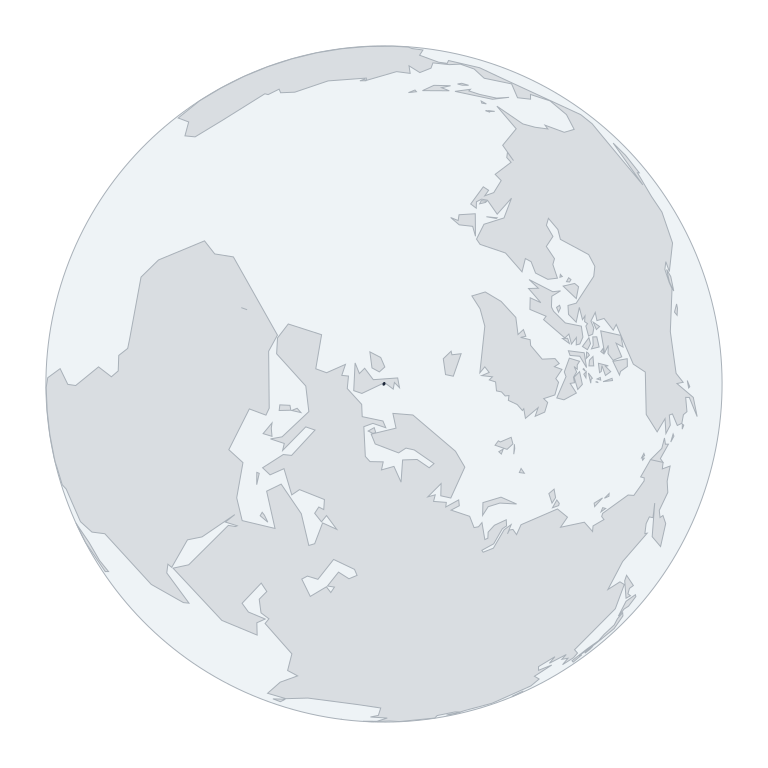 East Lothian on an orthographic globe, rotated 107°
{"feature_id": "GBR-2022", "entity_name": "East Lothian", "entity_type": "Unitary District", "adm_level": 1, "iso_a3": "GBR", "parent_name": "United Kingdom", "parent_adm1": "", "projection": "orthographic", "projection_center": [-2.666, 55.943], "detail": "fine", "context": "on_globe", "style": "filled", "palette": "slate", "viewbox_px": 768, "rotation_deg": 107, "n_neighbors": 0, "source": "natural_earth", "source_scale": "10m", "svg_char_len": 10831}
<svg xmlns="http://www.w3.org/2000/svg" viewBox="0 0 768 768"><g transform="rotate(107 384 384)"><circle cx="384" cy="384" r="338" fill="#eef3f6" stroke="#a8b0b8"/><path d="M58.3,473.9L54.7,459.3L55.0,455.2L53.2,444.4L59.2,446.1L60.3,425.9L58.9,417.3L55.8,416.9L53.6,385.0L56.5,365.1L68.9,274.6L74.3,261.0L80.9,251.1L117.9,194.7L86.6,235.3L94.7,219.9L107.4,201.6L107.9,203.4L126.5,183.0L138.3,168.5L164.8,149.3L193.0,144.0L184.6,150.3L192.3,148.9L203.3,141.1L208.7,136.4L250.2,125.5L288.4,107.8L294.9,98.4L297.9,104.0L306.4,84.3L323.6,75.0L307.6,88.1L308.6,91.6L321.9,86.2L325.8,88.7L334.5,87.7L337.9,91.4L328.3,99.4L330.3,102.1L339.7,98.2L349.0,99.9L335.0,105.1L349.9,108.8L336.5,124.3L296.2,137.6L292.1,151.4L259.2,179.3L265.5,180.5L257.0,192.7L261.1,198.9L253.8,202.9L263.3,204.5L269.2,199.7L275.3,199.0L278.3,202.4L269.5,207.9L266.8,207.0L265.7,210.4L260.1,211.7L264.5,213.0L253.6,219.6L268.7,218.3L263.5,227.9L255.1,231.0L250.5,223.8L219.7,214.9L209.8,216.8L200.4,226.1L194.1,257.6L185.4,262.9L177.5,275.2L184.7,275.1L193.5,265.6L205.0,269.0L214.3,257.6L220.3,257.5L232.1,249.1L236.0,258.0L233.6,271.5L224.0,279.1L222.7,285.5L236.4,284.8L223.2,306.1L222.4,332.9L218.4,337.9L202.0,335.1L190.1,317.8L169.0,316.4L188.5,325.4L178.0,338.8L178.7,344.7L182.7,348.9L188.9,347.2L186.5,353.7L166.4,346.7L168.2,340.6L174.6,342.7L168.9,335.0L155.2,331.4L151.0,339.0L134.8,327.3L131.6,332.8L126.3,333.7L132.5,325.5L121.0,340.3L101.3,332.2L85.3,357.3L94.7,327.3L94.3,314.6L92.2,301.9L89.4,305.7L90.6,285.2L84.9,276.6L73.0,288.3L64.7,308.0L64.3,328.6L68.8,327.1L71.2,340.0L59.7,349.7L62.3,377.6L56.4,389.9L55.8,404.6L59.5,414.9L62.6,431.1L68.2,431.4L75.7,440.8L72.4,453.1L79.3,449.8L81.6,463.3L98.8,489.6L96.6,490.3L110.5,526.1L131.0,554.6L135.7,568.0L132.7,570.5L141.1,579.4L141.3,582.8L179.4,615.9L202.9,636.9L204.9,646.9L190.5,647.4L189.8,658.6L167.3,643.3L167.6,643.6L148.6,626.4L130.9,607.9L114.7,588.1L100.0,567.1L86.9,545.1L75.6,522.1L66.0,498.3L58.3,473.9ZM80.0,363.5L83.4,401.7L76.9,387.5L78.9,388.5L79.1,377.1L77.7,359.9L73.3,348.2L80.0,363.5ZM91.9,363.5L90.9,357.8L92.5,362.4L91.9,363.5ZM210.4,134.1L203.1,140.8L191.8,147.2L197.4,141.2L210.4,134.1ZM232.6,123.8L230.3,127.2L221.9,127.6L225.8,125.5L232.6,123.8ZM298.7,91.5L292.0,95.0L297.2,90.8L298.7,91.5ZM335.1,87.0L335.7,85.3L340.0,85.6L335.1,87.0ZM229.1,244.9L230.5,247.0L227.6,247.4L229.1,244.9ZM232.8,239.4L228.4,238.5L229.5,235.7L232.2,236.4L232.8,239.4ZM349.1,91.5L355.7,92.8L347.3,92.9L349.1,91.5ZM238.0,241.3L232.1,231.1L234.1,226.4L246.1,225.1L238.0,241.3ZM358.4,94.4L374.5,97.9L377.4,94.2L378.4,107.0L364.4,99.5L353.6,100.0L359.3,97.3L358.4,94.4ZM269.8,196.8L263.7,202.0L266.0,194.6L269.8,196.8ZM269.8,192.3L268.3,171.8L278.8,166.2L277.1,174.0L288.5,164.6L294.4,171.9L289.4,178.7L281.5,180.8L289.8,182.1L269.8,192.3ZM376.3,113.8L378.8,116.0L374.4,115.2L376.3,113.8ZM277.9,198.1L276.7,194.3L285.7,189.1L289.8,195.9L285.6,195.3L277.9,198.1ZM288.7,158.8L296.1,156.4L302.8,161.5L306.6,161.4L295.4,171.7L288.7,158.8ZM285.0,198.3L291.7,199.5L290.1,205.2L279.8,201.6L285.0,198.3ZM286.3,185.0L290.8,182.9L289.6,186.2L286.3,185.0ZM288.3,226.6L286.6,221.7L291.1,218.5L288.3,226.6ZM294.3,199.6L294.8,197.7L296.4,196.0L300.3,198.0L294.3,199.6ZM301.0,174.8L302.2,177.6L305.9,170.8L311.1,174.7L302.7,181.0L308.5,179.9L310.1,181.2L301.5,185.0L301.0,174.8ZM309.1,195.1L300.2,204.9L302.3,214.4L298.3,217.4L295.6,201.7L309.1,195.1ZM305.4,188.7L306.8,193.3L301.1,194.5L296.6,192.2L305.4,188.7ZM317.7,175.2L311.9,167.6L313.9,166.5L317.7,175.2ZM310.8,197.5L312.9,195.1L311.6,198.0L310.8,197.5ZM316.9,181.7L314.5,179.1L316.9,177.9L316.9,181.7ZM319.1,192.7L316.2,195.8L313.1,194.2L319.1,192.7ZM319.0,187.4L322.8,186.5L313.7,191.8L317.6,186.4L319.0,187.4ZM319.5,181.0L320.1,179.5L320.1,182.3L319.5,181.0ZM332.6,197.1L321.9,204.2L315.0,200.6L326.4,194.2L332.6,197.1ZM702.3,270.5L704.6,280.0L710.4,296.7L710.1,295.4L712.5,304.6L712.6,305.4L708.6,292.1L702.5,283.2L706.4,299.6L702.6,292.5L694.8,292.4L698.4,316.3L706.6,365.0L713.6,385.8L713.8,404.9L699.5,396.1L688.4,381.3L686.2,392.4L669.0,393.2L647.8,427.7L642.2,425.4L638.8,434.7L626.3,440.4L616.7,435.4L610.3,443.2L635.2,455.6L641.7,447.0L643.5,428.9L649.5,435.8L661.2,431.9L657.5,469.9L621.8,531.9L614.0,517.9L564.7,491.5L563.8,484.5L563.4,483.9L562.5,482.9L562.4,495.3L552.5,488.5L583.4,513.3L590.5,526.4L621.4,533.4L619.5,538.0L628.2,536.5L650.6,506.4L651.7,511.9L643.7,548.0L608.8,607.2L611.0,620.0L604.4,634.0L577.4,657.2L574.4,662.3L559.7,672.1L555.2,675.3L550.9,677.8L530.0,688.8L508.3,698.2L486.0,706.1L486.5,706.0L476.3,707.4L464.0,698.2L476.8,686.3L475.6,678.4L451.1,662.0L456.8,646.8L449.2,642.0L434.2,646.0L424.9,639.5L415.4,640.4L352.8,647.6L331.3,635.9L299.6,597.5L309.1,583.9L306.5,565.2L368.4,500.2L386.4,503.9L440.7,486.7L448.3,487.8L447.2,505.5L492.2,513.2L500.4,495.9L535.9,491.6L556.1,479.7L554.0,446.0L520.8,464.9L509.8,453.1L532.2,425.2L560.4,408.7L557.0,403.6L534.8,402.1L536.8,386.7L526.6,400.5L534.1,403.5L527.9,412.5L520.7,410.4L521.7,404.9L511.9,407.2L509.7,433.9L517.0,439.8L494.2,454.9L504.2,466.4L499.6,475.6L480.9,459.7L479.3,451.5L448.2,436.5L447.9,446.3L477.2,461.5L470.0,462.0L469.7,476.5L464.3,466.0L432.4,447.8L408.8,458.2L386.5,495.5L371.1,499.3L354.6,493.1L355.1,458.1L389.4,453.7L390.0,442.2L376.5,426.6L388.1,426.9L386.8,420.3L399.1,417.8L410.0,399.4L421.6,395.3L419.7,374.2L425.3,369.5L424.9,383.1L430.7,390.8L458.7,380.7L462.3,374.7L458.7,362.0L466.9,361.3L459.9,350.4L472.9,339.0L451.2,344.0L446.5,330.3L450.9,316.3L445.5,312.9L438.2,335.8L438.9,344.3L445.6,349.9L443.9,374.9L435.7,381.6L422.7,359.6L409.5,366.9L405.2,347.3L427.4,296.0L439.9,282.4L473.5,286.8L474.3,297.0L462.5,300.3L479.1,309.1L475.0,302.6L481.8,302.3L479.0,289.8L483.6,289.0L473.0,278.7L478.4,276.4L485.0,283.0L485.5,263.4L495.0,255.9L492.9,251.9L487.9,249.8L503.3,242.1L501.1,239.6L495.2,241.1L486.8,237.1L478.1,227.4L483.9,225.3L487.8,228.5L504.8,232.4L514.4,241.8L515.9,240.0L509.0,231.4L488.2,226.5L481.3,221.3L491.2,222.1L487.0,221.4L485.4,218.2L489.3,213.2L478.5,211.8L452.8,181.6L457.7,169.6L469.4,173.3L457.6,152.0L464.1,141.4L458.6,142.6L449.3,134.0L447.1,137.1L443.8,137.1L418.8,118.1L417.5,112.5L400.6,106.9L397.7,107.7L397.8,111.4L378.4,107.0L377.4,94.2L383.8,93.0L378.8,86.4L394.2,84.8L404.7,80.9L424.4,83.8L431.0,81.0L428.2,78.8L435.1,73.8L458.6,72.0L451.6,82.9L418.7,90.3L433.2,87.7L433.5,91.4L440.9,92.5L450.8,90.8L449.7,88.7L484.0,103.9L515.1,109.8L504.2,100.5L505.5,95.6L531.3,97.1L582.4,124.1L584.7,120.3L590.3,122.7L600.2,131.2L592.5,127.9L595.3,133.5L589.4,130.6L602.7,144.2L594.8,140.8L609.1,153.6L612.6,152.5L603.7,141.4L619.5,154.7L620.8,149.4L629.8,155.3L657.7,187.3L672.6,211.2L675.4,215.2L676.7,220.0L685.5,236.2L688.6,237.8L702.3,270.5ZM353.0,536.6L352.7,542.7L352.7,542.8L353.0,536.6ZM594.6,405.6L608.7,392.4L594.8,379.8L599.0,373.9L592.7,372.0L593.7,379.0L577.2,372.5L580.5,360.6L574.9,353.8L569.9,358.0L566.5,380.9L590.1,390.1L590.1,401.1L594.6,405.6ZM99.4,490.3L101.1,495.7L98.0,491.6L99.4,490.3ZM73.6,390.4L75.4,396.5L75.6,401.4L73.7,397.6L73.6,390.4ZM95.0,438.4L98.2,445.8L93.8,440.3L95.0,438.4ZM84.5,407.3L92.2,433.0L83.8,423.6L79.3,407.5L83.8,415.6L84.5,407.3ZM86.2,368.0L86.8,372.6L85.0,373.8L86.2,368.0ZM93.0,366.9L92.4,365.7L93.1,362.0L93.0,366.9ZM179.2,339.2L180.7,340.0L183.7,345.2L180.2,344.6L179.2,339.2ZM209.8,358.6L205.3,368.9L206.0,360.9L200.2,361.7L194.5,346.5L216.0,339.7L207.3,345.3L209.8,358.6ZM192.9,325.0L194.1,335.0L192.0,324.4L192.9,325.0ZM367.5,388.2L373.8,392.0L372.1,400.2L357.4,406.9L359.6,394.9L367.5,388.2ZM383.0,395.5L374.2,372.7L383.0,368.1L379.5,374.5L386.2,373.7L382.5,383.8L399.5,402.4L399.2,411.0L372.3,417.8L381.2,410.6L374.6,407.1L383.0,395.5ZM336.2,327.6L332.5,319.1L356.3,320.0L357.0,327.9L342.5,334.7L333.0,329.4L336.2,327.6ZM260.3,241.4L257.4,239.1L259.8,237.5L264.3,238.1L260.3,241.4ZM287.1,224.5L275.8,250.2L271.8,248.8L270.0,266.3L258.8,269.4L260.4,257.8L250.4,273.7L247.3,264.4L241.7,275.8L246.4,249.6L243.3,242.4L251.0,249.2L261.4,246.4L264.9,243.1L272.6,228.5L271.0,212.2L281.0,207.5L288.5,208.4L290.4,211.6L283.3,213.6L291.0,216.4L282.2,221.8L287.1,224.5ZM370.7,230.0L361.6,229.7L375.5,238.7L366.8,243.1L368.9,243.9L364.7,250.6L363.3,260.3L358.5,261.1L360.0,264.6L357.2,269.3L357.7,274.4L349.4,277.9L349.3,284.5L345.4,282.4L347.4,293.0L342.2,286.8L338.1,292.6L345.3,295.6L299.2,304.5L284.0,314.1L274.1,325.7L266.4,314.1L270.8,296.1L281.8,277.4L297.5,270.3L291.2,266.6L296.9,262.3L299.5,267.0L298.9,257.2L304.3,255.0L314.0,240.0L309.7,227.9L313.2,222.4L317.6,226.1L318.0,218.1L328.6,221.3L331.3,217.6L344.5,217.4L351.3,227.0L353.8,222.1L363.9,222.1L370.7,230.0ZM336.4,197.4L346.5,207.3L346.8,214.7L323.7,212.1L319.8,215.1L305.1,214.3L305.1,203.6L309.3,204.8L313.4,203.5L311.7,207.3L316.1,203.3L322.1,204.8L327.1,202.2L329.0,206.1L336.4,197.4ZM453.9,479.7L459.2,478.9L466.8,475.8L466.8,485.1L453.9,479.7ZM431.9,467.7L436.3,465.4L440.0,476.5L434.4,477.5L431.9,467.7ZM435.6,455.1L436.3,464.5L432.6,460.0L435.6,455.1ZM428.6,380.6L432.9,377.7L434.5,380.3L433.6,385.4L428.6,380.6ZM410.1,259.9L404.9,258.0L405.4,255.8L397.8,246.8L403.6,243.2L410.5,247.2L410.1,259.9ZM550.1,454.7L546.2,463.9L542.3,463.0L544.4,460.0L550.1,454.7ZM505.9,477.2L517.5,476.3L505.7,479.8L505.9,477.2ZM415.2,254.4L411.4,251.0L416.7,251.3L415.2,254.4ZM407.5,240.1L413.2,239.4L403.5,241.7L407.5,240.1ZM607.0,637.9L609.0,635.6L621.7,619.8L635.9,604.5L643.9,592.6L644.9,595.7L622.9,623.0L607.0,637.9ZM717.1,327.3L717.0,326.6L717.1,327.3ZM714.3,386.2L718.1,390.2L717.6,398.2L714.3,386.2ZM678.7,219.7L682.5,227.4L681.0,225.3L675.2,214.4L678.7,219.7ZM636.8,161.0L642.8,167.0L645.6,170.2L644.5,169.5L636.8,161.0ZM460.0,222.1L464.0,238.4L470.9,248.5L480.8,251.3L468.5,254.7L458.0,239.0L460.0,222.1ZM453.1,186.7L444.4,184.8L446.9,181.5L449.2,181.4L453.1,186.7ZM448.8,188.5L440.6,194.3L434.8,190.6L442.5,186.7L448.8,188.5ZM428.3,223.7L429.1,228.7L424.7,228.2L428.3,223.7ZM582.7,113.2L579.9,112.3L573.6,107.5L577.3,109.4L582.7,113.2ZM550.6,92.4L571.0,106.0L587.0,118.1L585.2,115.7L594.6,121.8L593.7,123.3L577.7,112.2L566.8,103.8L559.0,100.3L547.1,93.4L540.1,92.1L532.9,88.9L535.9,87.7L550.6,92.4ZM537.5,92.0L521.0,89.0L512.0,82.0L513.6,81.0L525.0,85.2L529.0,88.6L537.5,92.0ZM514.4,86.4L518.1,89.9L501.7,96.3L496.0,96.1L503.8,86.6L507.7,89.5L513.3,89.4L514.4,86.4ZM381.3,114.3L379.0,115.9L378.8,113.4L381.3,114.3ZM442.8,139.1L438.3,138.7L438.2,135.6L442.8,139.1ZM425.6,136.1L428.8,139.8L422.9,136.7L425.6,136.1ZM436.5,148.2L429.0,141.7L439.7,146.7L436.5,148.2Z" fill="#d9dde1" stroke="#a8b0b8" stroke-width="1"/><path d="M382.7,384.0L382.8,384.0L383.1,383.8L383.2,383.7L383.3,383.6L383.4,383.4L383.5,383.3L384.1,383.3L384.3,383.5L384.5,383.7L384.7,383.8L384.8,383.8L385.0,383.9L385.0,384.0L384.8,384.3L384.8,384.5L384.6,384.5L384.4,384.5L384.2,384.7L383.8,384.7L383.6,384.6L383.4,384.6L383.2,384.5L382.8,384.2L382.7,384.1L382.7,384.0Z" fill="#64748b" stroke="#1e293b" stroke-width="1.5"/></g></svg>